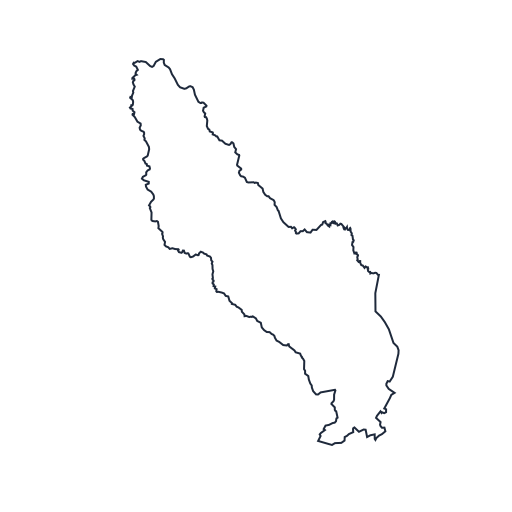 Igembe South, Eastern, Kenya (Natural Earth projection), rotated 201°
{"feature_id": "3690345B60078326777064", "entity_name": "Igembe South", "entity_type": "district", "adm_level": 2, "iso_a3": "KEN", "parent_name": "Kenya", "parent_adm1": "Eastern", "projection": "natural_earth1", "projection_center": [38.161, 0.099], "detail": "fine", "context": "isolated", "style": "outline", "palette": "slate", "viewbox_px": 512, "rotation_deg": 201, "n_neighbors": 0, "source": "geoboundaries", "source_scale": "gbopen_adm2", "svg_char_len": 6126}
<svg xmlns="http://www.w3.org/2000/svg" viewBox="0 0 512 512"><g transform="rotate(201 256 256)"><path d="M72.4,138.7L74.6,141.8L76.8,140.8L78.7,141.8L79.7,142.9L80.2,145.6L85.9,147.9L85.8,150.1L84.1,155.6L82.5,154.5L82.3,155.3L80.0,155.2L78.6,156.8L79.6,159.5L81.6,159.6L80.1,171.1L79.9,174.9L77.6,177.9L84.5,179.5L87.9,181.9L88.5,183.4L88.2,186.4L86.2,186.7L85.0,192.3L88.0,215.7L89.1,219.1L91.6,222.0L96.5,224.1L105.7,235.2L112.0,240.4L117.7,244.2L124.6,247.1L131.3,264.1L134.5,282.3L135.1,282.0L137.5,283.3L138.7,283.1L140.1,281.9L142.4,281.4L143.0,280.7L143.7,282.0L144.4,281.6L145.9,282.1L147.1,284.0L146.7,284.4L147.5,285.5L147.9,285.2L149.9,285.5L150.4,283.8L152.9,285.4L154.4,285.2L156.3,287.0L156.9,288.6L157.5,288.4L157.5,287.7L158.0,287.2L160.0,288.3L159.8,289.2L161.1,291.3L160.9,292.9L161.3,293.5L163.4,293.9L163.0,294.7L163.3,295.2L164.0,295.1L165.1,293.7L167.2,296.2L168.2,299.3L170.3,300.7L170.9,303.6L170.3,304.0L170.4,305.7L171.3,306.0L173.2,309.5L174.4,309.8L174.7,311.5L176.5,312.8L177.5,315.3L178.1,315.9L178.4,315.4L177.8,313.9L179.6,313.3L180.8,314.2L181.5,315.6L181.8,314.2L182.6,314.0L182.5,312.6L183.2,312.5L184.5,313.8L184.2,314.5L187.8,316.5L188.8,316.4L189.5,314.8L190.7,313.8L192.2,315.4L193.2,315.3L193.6,314.5L194.2,314.7L194.5,316.2L195.2,316.5L195.7,316.1L195.8,314.5L196.3,314.6L197.0,315.5L197.4,315.0L197.4,313.7L198.2,313.3L197.6,311.5L199.1,311.5L199.2,310.7L198.4,310.5L198.2,309.8L199.9,310.2L201.7,311.5L202.8,311.5L203.3,312.9L203.8,313.4L205.5,311.7L205.4,309.1L206.4,308.3L208.9,302.0L212.6,300.8L213.5,297.4L217.0,296.5L220.1,298.2L221.2,295.9L223.3,295.1L224.3,292.4L226.3,291.4L227.0,291.7L227.3,292.7L228.6,293.7L228.4,295.2L230.1,296.3L230.8,296.5L232.2,294.8L233.8,295.8L236.0,294.8L242.6,297.4L246.2,300.0L251.1,306.2L251.9,306.4L254.3,309.1L257.0,310.4L257.8,312.9L258.8,313.9L259.7,314.5L263.6,315.0L265.7,316.3L266.9,315.8L269.3,316.4L272.1,318.4L274.0,321.3L279.3,323.1L280.4,324.8L282.5,324.5L283.4,323.7L284.6,324.0L289.5,321.9L291.1,321.8L294.4,325.1L296.5,325.5L298.4,325.1L299.6,325.6L301.8,327.6L302.0,329.6L300.8,331.4L301.2,332.3L305.9,333.7L306.4,334.4L307.6,343.8L308.0,344.3L309.8,344.2L312.5,345.3L312.9,348.6L315.4,350.0L317.4,353.0L319.0,353.6L319.6,353.4L320.0,351.3L321.0,350.0L324.8,349.8L329.1,351.5L331.6,350.9L335.0,353.7L335.9,353.4L337.3,354.0L340.0,354.0L340.3,355.4L340.8,355.9L343.8,355.7L344.9,357.3L346.3,357.5L348.5,359.7L350.0,365.0L351.0,366.5L352.3,367.7L353.5,367.4L354.0,367.9L354.5,370.9L356.0,371.4L357.5,372.6L358.0,375.7L356.0,377.8L356.1,378.6L359.9,380.3L361.5,380.0L361.8,379.3L362.6,378.9L365.0,379.3L370.8,384.7L373.6,389.0L375.7,390.9L378.2,391.0L379.2,390.3L381.2,387.5L382.8,386.4L387.4,386.3L390.3,387.8L395.6,392.7L399.6,395.6L403.2,399.6L405.1,400.7L409.7,401.6L411.4,403.5L412.3,406.1L413.3,406.4L415.9,405.6L419.1,401.4L419.7,396.7L420.8,395.3L422.9,395.4L428.4,397.6L433.2,396.7L434.3,395.5L436.4,395.5L438.5,392.8L439.4,392.7L439.6,391.2L437.9,390.1L435.7,389.9L433.0,387.4L433.9,385.7L434.0,383.9L433.7,382.9L432.4,382.4L433.4,381.6L435.2,377.9L435.0,377.2L433.4,377.9L432.8,377.5L432.5,376.4L433.3,375.4L433.2,374.0L431.8,372.2L429.9,370.7L430.0,365.9L429.1,364.6L429.2,361.2L428.8,359.5L430.2,359.5L430.2,358.6L426.8,357.3L425.9,355.8L425.2,353.0L425.4,352.2L426.4,352.1L426.2,350.6L426.9,349.4L426.0,348.7L424.0,349.1L423.2,347.5L421.0,346.7L420.7,344.7L422.0,344.4L421.9,343.6L419.0,342.3L414.8,338.9L411.2,338.3L410.4,336.7L410.6,334.0L409.5,332.4L408.0,331.8L405.4,331.7L404.7,331.1L404.1,329.7L404.1,327.8L402.1,326.0L401.8,324.4L399.8,323.6L395.1,319.5L394.0,317.4L393.1,311.0L393.4,310.0L395.8,307.1L396.2,306.3L395.9,305.5L394.2,304.7L392.3,302.7L390.9,302.7L390.2,301.3L387.6,301.5L386.4,299.8L386.3,298.7L387.8,297.1L388.5,294.8L387.6,292.6L387.8,291.9L390.0,289.4L390.2,287.3L387.9,286.5L382.7,286.8L382.1,285.2L384.4,283.0L383.6,281.4L381.0,279.2L376.9,278.5L373.9,276.6L372.8,275.3L371.9,273.1L372.0,272.0L373.4,269.0L374.0,264.9L372.5,264.3L372.1,263.6L372.3,262.7L369.1,259.2L366.7,252.4L366.1,251.8L365.0,251.6L362.4,252.2L361.1,253.1L359.8,252.8L357.6,249.1L357.1,247.0L351.9,244.9L351.5,244.1L351.6,243.0L349.9,241.1L349.5,239.6L348.6,238.4L346.0,236.6L345.4,233.6L343.5,232.7L341.0,232.7L339.1,231.7L336.8,233.3L334.0,233.5L330.9,234.5L330.4,234.1L330.7,233.1L329.3,232.0L326.7,232.3L326.3,233.0L326.2,234.9L325.2,235.2L323.7,233.3L321.9,233.3L320.6,234.2L320.0,234.1L317.4,231.6L316.4,231.5L314.6,232.9L312.8,235.8L310.4,235.9L309.9,236.4L310.1,238.0L309.1,240.2L306.6,240.2L305.3,239.6L302.8,239.8L301.8,238.9L298.8,239.0L297.4,238.2L296.2,235.9L294.6,235.1L294.6,233.1L293.4,231.9L291.9,228.3L290.4,226.4L290.1,223.3L288.3,219.9L288.6,219.1L288.1,218.4L286.8,217.9L286.5,216.9L287.1,215.9L286.7,214.8L285.2,214.3L284.8,212.6L283.1,212.9L282.8,211.0L280.9,210.9L280.4,208.8L279.6,208.4L278.3,209.1L274.9,209.6L272.4,209.6L270.0,207.9L267.4,208.3L264.7,204.7L261.4,203.3L261.3,202.6L257.9,203.0L255.8,201.7L254.0,201.7L250.1,200.6L249.2,198.9L245.9,197.3L245.1,195.7L243.6,196.6L240.4,196.6L238.9,197.6L238.0,197.6L237.4,198.5L233.7,197.7L231.6,195.8L227.6,195.4L225.0,191.4L221.9,189.7L218.7,188.9L216.0,189.8L213.5,188.8L211.7,188.7L210.1,187.9L209.1,186.5L206.5,184.4L203.5,184.1L198.7,182.6L195.1,183.5L194.6,185.0L193.9,185.4L192.6,183.5L186.2,181.6L184.5,180.3L179.8,180.7L178.3,179.0L176.9,178.2L176.8,177.6L175.3,177.0L173.3,175.3L170.6,167.6L169.0,166.4L168.0,163.7L164.2,162.7L162.4,159.6L159.6,156.4L157.6,155.1L156.7,153.2L154.2,150.3L150.3,148.3L148.4,149.0L146.8,151.8L134.3,159.4L133.7,158.9L133.4,154.6L131.6,149.8L131.6,148.2L132.7,145.7L132.6,144.9L128.2,142.9L127.3,140.6L126.5,139.9L125.5,139.8L121.9,134.3L122.7,133.2L122.1,130.4L122.8,128.6L124.6,127.5L127.3,124.5L130.3,122.6L130.8,118.7L129.3,118.2L132.0,114.0L132.6,112.3L131.2,111.1L131.7,105.6L117.4,106.8L115.2,109.6L109.4,112.1L107.2,115.4L108.3,118.8L106.6,120.7L105.4,123.1L102.1,126.4L103.4,129.2L103.5,130.0L102.7,131.2L96.9,128.8L93.3,132.6L91.4,133.1L87.4,126.8L85.0,129.6L81.3,132.0L79.6,127.8L78.6,127.1L78.4,129.2L76.7,132.5L74.6,134.8L72.4,138.7Z" fill="none" stroke="#1e293b" stroke-width="2"/></g></svg>